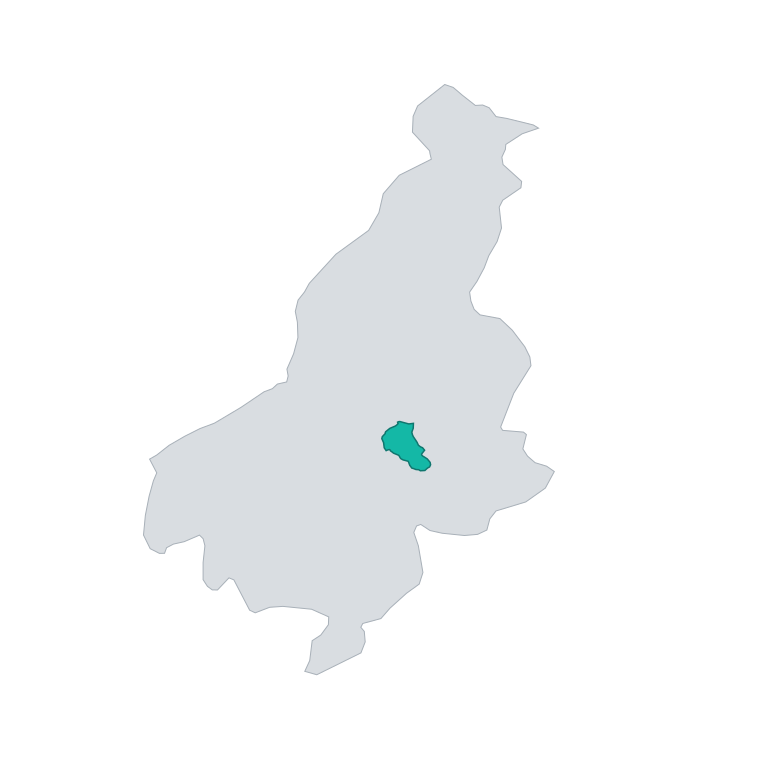 Slovenia, with Ivancna Gorica highlighted, rotated 319°
{"feature_id": "SVN-955", "entity_name": "Ivancna Gorica", "entity_type": "Municipality", "adm_level": 1, "iso_a3": "SVN", "parent_name": "Slovenia", "parent_adm1": "", "projection": "mercator", "projection_center": [14.807, 45.902], "detail": "fine", "context": "in_parent", "style": "filled", "palette": "teal", "viewbox_px": 768, "rotation_deg": 319, "n_neighbors": 0, "source": "natural_earth", "source_scale": "10m", "svg_char_len": 2512}
<svg xmlns="http://www.w3.org/2000/svg" viewBox="0 0 768 768"><g transform="rotate(319 384 384)"><path d="M668.5,292.3L652.4,285.8L633.1,283.1L629.5,286.6L621.8,290.1L617.8,296.5L620.8,321.4L616.1,325.7L594.2,323.2L587.0,326.1L575.0,343.4L562.8,350.7L547.3,355.9L535.8,362.1L521.3,367.6L508.9,370.8L504.0,378.4L501.0,386.8L501.8,394.8L514.4,410.7L516.1,427.6L514.7,448.3L511.8,459.3L506.9,466.6L475.9,476.1L443.8,493.0L443.1,496.8L457.7,511.8L458.3,515.6L446.2,524.1L445.0,532.6L446.4,542.5L452.8,552.7L455.1,561.8L437.5,568.4L413.6,566.0L385.3,553.3L375.4,555.2L365.8,561.7L356.0,558.9L345.3,551.1L330.0,534.8L322.6,524.8L319.6,514.1L315.4,512.5L309.1,515.6L303.8,528.6L289.7,551.8L279.3,558.1L263.6,556.7L241.5,557.1L227.8,559.0L210.9,550.8L206.9,552.4L206.8,557.8L200.6,566.3L190.2,571.8L142.5,559.3L135.7,548.9L146.5,544.0L161.4,530.6L171.6,532.0L184.1,529.2L189.5,523.5L181.6,506.5L161.8,485.5L151.2,477.5L136.7,472.2L134.2,466.6L142.2,433.3L139.8,428.6L123.2,430.2L119.3,426.7L118.0,420.9L119.1,413.0L130.3,400.1L142.7,388.6L146.0,382.1L145.6,377.0L129.7,371.9L120.1,366.7L112.5,364.9L107.3,367.8L103.4,364.5L99.5,354.9L103.4,340.2L117.7,326.6L133.1,314.6L146.4,305.8L154.2,302.0L157.8,286.9L165.8,288.5L181.7,289.3L199.3,292.7L215.8,296.9L230.3,302.3L260.7,307.8L288.4,311.2L296.7,314.3L303.5,314.1L311.9,318.6L316.9,315.1L320.5,309.1L335.6,301.9L349.5,292.5L359.2,280.5L364.7,271.0L374.2,264.3L384.4,262.4L393.7,259.0L432.9,254.5L473.2,258.0L492.5,251.4L508.3,239.9L531.4,236.6L532.6,236.5L567.2,245.4L569.9,240.2L571.4,237.9L570.7,212.6L581.6,201.1L591.8,196.2L626.3,197.8L630.8,205.6L632.6,217.6L635.7,233.7L641.5,238.2L644.6,244.5L644.0,255.7L650.8,264.0L666.6,286.4L668.5,292.3Z" fill="#d9dde1" stroke="#a8b0b8" stroke-width="1"/><path d="M346.5,423.8L348.2,422.6L352.4,422.2L352.8,421.7L353.9,421.1L359.3,421.3L365.1,423.2L367.4,423.3L368.7,423.1L368.9,422.2L369.2,421.7L370.3,422.0L371.4,422.8L376.5,430.4L380.4,433.0L377.0,436.6L373.4,438.6L372.2,440.9L371.6,442.9L370.7,449.7L369.8,452.7L370.3,455.3L371.3,457.4L371.2,460.6L366.5,461.5L365.9,462.2L365.9,463.7L366.4,465.1L367.5,468.9L367.4,473.4L366.2,475.5L364.0,476.5L361.7,476.0L358.1,476.1L354.5,473.3L354.0,471.5L352.0,469.5L350.8,467.2L349.8,465.7L350.1,462.2L351.4,458.8L351.5,458.1L348.6,453.8L347.7,451.4L347.8,450.2L348.2,448.6L348.3,447.4L345.8,442.4L345.4,440.2L345.0,438.7L345.3,437.8L345.2,437.2L344.4,436.6L342.5,435.8L341.9,435.7L342.3,432.3L345.2,428.0L346.5,423.8Z" fill="#14b8a6" stroke="#0f766e" stroke-width="1.5"/></g></svg>